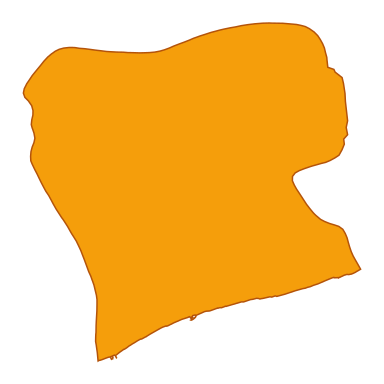 Ash Shihr, Hadramawt, Yemen (Albers equal-area conic projection)
{"feature_id": "15242507B43236633783940", "entity_name": "Ash Shihr", "entity_type": "district", "adm_level": 2, "iso_a3": "YEM", "parent_name": "Yemen", "parent_adm1": "Hadramawt", "projection": "albers", "projection_center": [49.612, 14.934], "detail": "fine", "context": "isolated", "style": "filled", "palette": "amber", "viewbox_px": 384, "rotation_deg": 0, "n_neighbors": 0, "source": "geoboundaries", "source_scale": "gbopen_adm2", "svg_char_len": 5339}
<svg xmlns="http://www.w3.org/2000/svg" viewBox="0 0 384 384"><path d="M302.5,25.8L300.9,25.4L296.6,24.5L292.3,24.1L289.9,23.9L287.6,23.7L282.9,23.3L270.6,23.1L269.7,23.0L262.6,23.2L255.0,23.8L248.2,24.6L241.7,25.6L240.7,25.8L235.6,26.9L230.3,27.8L224.0,29.1L219.7,30.1L215.3,31.3L211.1,32.4L205.0,34.4L199.6,36.1L197.8,36.8L193.5,38.3L189.4,40.1L184.3,42.1L179.1,44.0L173.4,46.2L171.2,47.2L169.4,48.0L164.5,49.8L160.0,51.1L154.8,52.1L149.3,52.6L143.7,52.8L139.4,52.9L133.3,52.7L129.3,52.6L128.0,52.6L123.2,52.2L117.3,52.1L111.7,51.8L106.6,51.5L101.2,50.8L95.9,50.2L90.8,49.5L84.7,48.7L79.3,48.3L75.0,47.6L72.5,47.5L69.0,47.5L63.6,48.1L62.2,48.5L59.2,49.3L55.3,51.2L52.4,53.3L51.6,53.8L47.8,57.0L43.9,61.2L40.5,65.5L36.7,70.1L32.3,75.5L29.3,80.0L26.7,83.8L25.9,85.5L24.3,88.6L23.5,92.4L23.4,93.2L24.9,97.4L25.2,97.7L28.4,100.9L30.1,103.4L31.7,105.7L33.0,110.6L32.9,115.1L31.8,119.8L31.5,122.7L31.3,124.6L32.2,128.0L32.6,129.0L34.0,133.2L34.1,133.8L34.9,138.2L34.0,142.5L32.9,145.3L32.2,147.0L31.0,151.6L30.6,156.3L30.8,160.8L32.3,164.4L32.5,164.8L32.7,165.2L34.9,169.8L37.2,174.2L39.1,178.2L41.2,182.5L43.4,186.7L44.2,188.2L45.8,191.2L48.7,195.5L50.7,199.2L51.1,199.9L53.2,203.9L56.2,209.2L59.0,213.5L61.7,217.7L63.0,219.4L64.4,221.5L67.6,226.5L70.9,232.4L72.1,234.4L73.6,236.7L76.5,241.4L76.9,242.3L78.5,245.6L80.8,250.5L82.4,254.7L84.4,259.8L84.6,260.4L86.7,266.1L88.7,271.6L90.8,276.2L92.2,280.2L92.4,280.6L94.0,285.2L95.0,289.4L96.4,295.2L97.0,299.6L97.0,304.0L96.9,310.8L96.7,314.2L96.3,321.2L96.1,325.8L96.1,326.5L96.0,332.5L95.8,334.5L95.7,337.0L95.6,341.4L96.3,345.4L96.4,346.3L97.3,352.6L98.0,360.2L98.0,360.5L98.1,361.0L98.6,360.6L99.1,360.4L99.9,360.3L100.6,360.1L101.9,359.7L106.3,358.0L108.5,357.2L109.1,357.1L109.6,357.1L110.3,357.0L110.6,357.0L110.9,358.3L111.3,358.9L111.3,359.1L111.5,359.3L111.6,359.2L111.8,359.1L113.3,358.6L111.6,359.1L111.5,358.8L111.0,358.2L110.8,357.4L110.6,356.7L111.0,356.5L111.5,356.4L112.3,356.1L112.7,357.0L112.8,357.5L112.8,357.9L113.0,357.8L112.9,357.3L112.8,357.1L112.5,356.1L112.5,355.9L114.4,355.1L115.1,355.6L115.4,355.9L116.4,357.8L116.5,357.7L115.4,355.6L115.7,355.4L119.6,352.3L124.0,349.2L124.4,349.3L124.8,349.4L124.6,349.3L124.5,349.2L126.7,347.8L129.0,346.0L130.4,345.2L132.5,343.8L134.3,342.8L137.6,340.7L140.5,339.1L141.0,339.1L141.7,339.0L145.9,336.7L146.2,336.7L147.1,336.0L150.0,334.2L155.8,330.9L160.4,328.3L162.6,327.2L165.9,326.0L166.3,326.0L166.7,326.2L168.3,325.6L168.7,325.4L170.8,324.3L171.2,324.2L174.2,322.6L174.4,322.5L174.6,322.5L177.3,321.3L177.5,321.3L177.8,321.2L178.0,321.1L178.5,320.8L181.7,319.4L184.2,318.6L184.3,318.6L184.9,318.4L186.3,317.9L186.5,317.9L187.9,317.4L188.4,317.1L188.7,317.1L189.0,316.9L189.2,316.7L189.4,316.7L189.7,316.7L189.8,316.9L191.5,319.0L191.8,319.0L191.8,318.9L191.7,318.8L191.6,318.7L191.4,318.5L191.7,318.1L191.9,318.1L192.3,317.7L192.2,317.7L191.9,317.4L191.6,317.1L191.8,316.8L192.0,316.8L192.0,316.7L192.0,316.8L192.2,316.6L192.3,316.5L192.3,316.4L192.4,316.2L192.6,315.9L192.7,315.6L193.0,315.6L193.4,315.4L193.6,315.4L193.8,315.3L194.0,315.3L194.6,315.1L195.1,315.1L195.3,315.1L195.6,315.1L195.8,315.2L195.9,315.4L195.9,315.8L195.9,316.0L195.7,316.5L195.5,316.8L195.2,317.2L194.8,317.6L194.5,318.0L193.9,318.5L193.1,319.1L192.6,319.3L192.4,319.5L192.2,319.6L191.8,319.8L191.3,320.0L191.1,320.0L190.9,320.1L191.1,320.2L191.5,320.0L192.2,319.8L193.5,319.0L194.6,318.1L195.4,317.3L195.7,316.8L196.0,316.0L196.0,315.6L196.5,315.2L204.8,311.5L205.1,311.5L206.1,311.2L209.3,311.0L210.4,310.7L214.0,309.4L217.8,308.0L218.0,308.2L219.2,307.8L220.3,307.6L220.7,307.7L220.9,307.7L221.6,307.7L224.6,306.6L224.8,306.4L225.4,306.2L225.7,306.2L225.9,306.3L226.0,306.4L241.4,301.9L243.7,301.9L250.5,299.6L252.8,299.3L256.7,298.3L258.6,298.5L259.9,299.0L261.0,298.7L263.0,298.4L269.9,296.8L271.8,297.1L275.2,295.9L276.8,296.4L284.9,294.2L295.4,290.7L302.9,288.6L305.3,288.2L307.6,287.3L310.2,286.7L313.5,285.3L317.9,283.9L325.5,280.6L330.6,278.5L332.9,277.6L333.7,277.4L333.9,277.4L334.1,277.5L334.2,277.8L334.7,277.8L334.9,277.7L335.2,277.8L335.9,277.7L336.3,277.7L336.6,277.7L337.1,277.7L337.5,277.7L337.8,277.6L338.0,277.7L338.5,278.0L338.6,277.9L338.6,277.7L338.9,277.5L339.3,277.5L339.9,277.3L339.9,277.2L342.4,276.1L343.6,275.5L344.7,275.0L345.1,275.0L345.9,274.7L346.6,274.5L347.1,274.4L347.6,274.5L348.8,274.6L349.2,274.5L351.1,274.1L351.4,274.1L351.8,273.9L352.2,273.7L352.4,273.7L352.7,273.6L352.9,273.5L355.4,272.3L356.9,271.3L357.6,271.0L359.0,270.1L359.5,269.9L360.6,269.2L359.7,267.6L357.4,263.5L355.2,259.7L354.1,257.7L353.1,255.9L351.2,251.6L349.6,246.9L348.3,242.4L347.1,237.9L345.2,233.4L342.8,229.3L338.8,226.4L334.3,224.9L329.6,223.5L325.1,221.7L324.6,221.5L320.6,219.4L316.7,216.1L316.2,215.7L314.6,214.2L313.0,212.5L309.5,208.2L306.5,204.3L304.1,200.6L301.5,196.6L299.0,192.8L296.6,189.2L294.3,185.1L292.4,180.8L292.5,176.4L295.2,172.9L299.3,170.6L304.2,168.7L310.3,166.6L312.9,165.8L316.2,164.9L321.4,163.4L325.6,162.4L330.1,160.5L334.9,157.9L339.0,155.2L342.0,149.8L344.3,144.2L343.7,139.1L347.6,134.7L346.2,127.5L347.6,120.8L345.4,101.4L345.0,93.5L343.5,83.6L342.1,77.6L335.1,72.1L333.9,69.4L327.8,67.3L327.2,61.8L327.0,60.1L326.8,57.4L325.5,52.7L324.4,48.0L322.6,43.7L320.2,39.4L317.7,35.6L313.9,31.8L313.1,31.3L309.3,28.6L307.3,27.6L305.4,26.6L302.5,25.8Z" fill="#f59e0b" stroke="#b45309" stroke-width="1.5"/></svg>